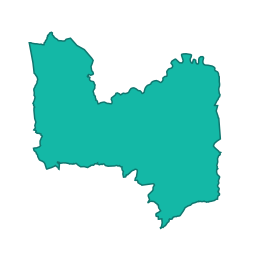 Chilcuautla, Hidalgo, Mexico, rotated 264°
{"feature_id": "50627088B382438860006", "entity_name": "Chilcuautla", "entity_type": "district", "adm_level": 2, "iso_a3": "MEX", "parent_name": "Mexico", "parent_adm1": "Hidalgo", "projection": "orthographic", "projection_center": [-99.261, 20.328], "detail": "fine", "context": "isolated", "style": "filled", "palette": "teal", "viewbox_px": 256, "rotation_deg": 264, "n_neighbors": 0, "source": "geoboundaries", "source_scale": "gbopen_adm2", "svg_char_len": 5778}
<svg xmlns="http://www.w3.org/2000/svg" viewBox="0 0 256 256"><g transform="rotate(264 128 128)"><path d="M45.1,150.3L42.2,151.8L41.1,149.9L40.0,147.2L39.4,146.8L37.9,146.7L37.2,146.9L36.8,148.8L34.1,148.7L34.1,152.1L30.1,152.1L26.2,150.9L25.5,149.8L24.8,150.0L25.0,150.5L25.9,151.1L25.4,152.4L26.5,153.7L27.0,155.0L29.9,157.5L30.6,158.8L31.9,159.3L32.7,159.3L33.2,159.8L32.8,160.7L32.8,161.8L32.9,162.4L33.9,162.9L34.0,163.3L34.7,163.8L34.8,164.9L35.0,165.4L34.8,166.8L35.2,168.0L35.1,169.5L35.5,170.7L39.9,174.5L42.8,176.5L44.3,179.8L44.8,182.2L46.3,184.1L46.8,187.2L47.5,189.3L47.3,190.1L47.8,190.6L47.4,191.4L47.5,192.5L47.1,193.4L47.0,194.9L47.3,196.0L46.7,196.8L46.5,197.9L46.0,198.5L46.2,199.0L46.0,200.5L46.4,200.7L46.4,202.9L46.9,206.4L47.9,208.2L47.9,209.6L49.4,209.8L51.2,210.6L51.5,210.9L51.6,211.6L52.0,212.0L53.1,212.1L54.9,210.9L55.4,210.9L55.7,211.5L56.5,211.4L56.9,212.0L58.4,212.3L60.0,211.2L61.1,211.0L62.1,211.4L63.5,212.5L64.8,212.6L65.2,212.3L65.8,212.3L69.6,214.0L70.1,213.9L72.6,211.9L74.9,211.5L77.4,211.9L77.9,212.9L78.3,213.1L78.9,212.4L80.0,212.8L81.4,212.3L84.8,213.7L88.2,213.8L91.2,215.4L91.3,216.2L92.1,216.9L93.4,216.9L94.0,217.6L94.6,216.1L95.5,215.7L98.8,212.7L100.8,211.2L101.2,211.1L103.1,212.0L104.0,212.8L105.8,215.4L107.5,218.7L128.3,219.3L128.6,218.8L130.4,218.7L135.7,217.5L140.9,219.5L141.4,216.4L142.0,216.6L142.6,217.3L145.9,219.4L147.0,220.5L149.0,221.5L149.5,222.3L151.4,223.0L152.9,222.4L156.9,222.2L158.5,222.6L160.2,223.4L162.1,223.7L164.4,223.6L169.4,224.1L170.2,223.7L172.9,223.6L174.4,222.9L176.0,220.6L177.4,220.3L178.4,220.7L179.1,220.3L179.9,219.5L180.8,218.1L182.0,214.4L182.5,211.4L183.2,210.2L184.5,209.5L185.6,209.3L187.0,209.5L189.7,210.5L190.5,210.3L191.1,209.8L191.3,207.8L190.2,206.1L189.0,205.6L185.2,205.0L184.5,204.5L184.3,203.9L184.8,203.0L185.7,202.5L186.5,202.3L188.3,202.4L189.3,201.1L189.4,200.7L189.0,200.1L185.9,198.9L185.9,198.1L186.3,197.7L188.0,197.0L189.5,196.9L190.3,197.1L191.8,198.1L193.2,198.6L193.9,198.7L194.5,198.1L195.7,193.7L195.9,190.9L195.7,189.3L195.2,188.9L194.5,188.9L189.5,189.9L188.6,189.8L187.3,188.9L187.1,188.4L187.4,186.2L191.5,182.6L191.4,181.6L189.9,178.7L188.6,177.8L187.8,177.6L186.3,178.7L184.8,178.9L183.8,178.4L183.1,177.7L182.5,174.7L181.0,173.1L179.8,172.4L177.4,172.5L175.8,172.2L175.3,171.7L175.4,170.2L174.3,168.2L173.8,167.9L172.0,167.8L170.7,166.8L169.9,165.7L169.9,164.9L171.3,163.1L172.2,161.2L172.1,159.4L171.8,157.9L171.3,156.8L170.8,156.1L169.3,155.1L168.3,151.7L167.0,150.2L165.7,149.2L163.0,148.1L162.0,147.9L160.9,146.5L160.9,145.7L162.5,144.9L163.7,143.9L164.2,142.0L166.1,140.1L166.9,138.8L167.3,138.0L167.3,136.5L166.9,135.1L165.3,133.6L163.8,132.7L163.2,132.0L162.8,131.0L162.5,128.9L163.1,127.0L162.8,126.0L162.0,124.9L161.8,123.9L162.8,123.0L164.0,121.1L163.7,119.6L162.7,119.3L161.8,118.3L159.7,114.8L158.1,114.3L156.4,114.9L155.1,114.9L154.0,114.3L153.8,113.5L154.6,110.6L154.6,109.9L156.2,107.3L156.3,106.3L156.0,103.6L155.1,101.5L155.2,100.7L157.8,100.3L158.9,99.6L159.1,98.9L160.4,99.0L162.0,98.6L162.7,98.8L163.9,98.3L164.4,97.6L166.3,97.6L167.7,97.1L169.3,97.7L170.9,99.1L172.9,99.3L174.0,99.7L174.8,99.6L175.4,99.0L176.5,99.0L177.7,98.5L178.6,95.9L179.9,94.8L181.3,94.9L182.0,95.4L182.4,95.3L183.0,94.1L183.0,93.3L183.4,93.0L184.0,93.2L184.0,94.0L185.0,94.0L185.3,94.3L185.3,94.7L184.4,96.5L184.9,98.6L185.5,99.2L187.2,99.0L188.8,97.9L193.0,97.6L196.2,99.3L198.9,100.4L201.2,99.2L210.5,92.8L215.4,85.8L223.3,80.2L222.7,75.8L221.3,74.3L221.2,73.6L221.3,72.1L221.7,70.8L222.2,67.8L223.4,67.0L225.4,64.6L226.3,63.8L226.7,63.9L228.7,62.4L230.5,62.7L231.2,61.8L230.7,60.1L230.0,59.7L228.3,57.7L228.0,57.6L227.7,57.9L226.3,56.9L225.4,56.9L222.9,54.8L222.1,54.7L221.5,53.6L219.6,53.1L219.9,51.3L220.5,50.3L220.4,49.0L221.2,46.3L221.4,44.7L222.3,41.4L222.9,40.4L223.1,38.7L202.9,40.3L192.2,40.4L191.7,41.0L187.9,43.0L185.6,43.3L183.4,42.3L182.8,42.4L180.8,41.2L179.7,40.2L178.2,39.6L177.2,38.7L175.7,38.3L172.9,38.5L170.1,38.0L169.4,38.6L168.0,38.7L165.3,37.7L162.2,36.0L161.4,36.7L160.2,36.5L158.7,37.3L158.1,37.2L157.9,36.6L155.3,36.3L147.1,36.2L143.5,37.0L140.2,35.6L137.9,35.9L137.1,35.4L136.3,34.3L135.9,34.1L135.2,36.1L134.7,36.3L133.5,35.7L133.3,35.8L133.2,36.6L132.3,36.9L131.8,39.6L131.4,39.8L131.2,40.7L129.8,40.8L129.4,41.6L128.4,41.8L127.7,41.1L124.2,39.2L121.1,38.9L119.6,39.2L118.5,37.7L117.7,34.8L117.9,33.3L117.7,31.9L115.4,32.2L113.4,34.1L111.9,34.2L111.1,35.1L108.9,35.3L105.9,36.4L105.2,37.0L103.8,39.5L102.7,40.8L101.1,41.6L96.2,42.6L95.6,43.0L96.1,44.8L96.7,47.9L97.7,50.9L98.3,51.8L97.1,52.9L96.2,54.2L94.6,54.6L94.2,55.1L99.2,56.0L99.9,55.1L100.7,54.7L100.9,54.2L101.5,54.4L101.1,55.8L100.0,57.1L100.1,59.9L99.8,62.3L98.9,65.3L98.3,66.1L98.4,67.1L97.9,69.2L98.3,70.0L97.8,70.4L98.1,71.4L98.2,72.8L96.3,74.5L94.4,76.9L94.2,80.4L92.9,83.8L93.6,84.9L93.9,86.2L94.7,87.0L94.6,88.1L94.9,88.6L94.6,89.9L95.9,91.3L95.7,92.9L96.3,93.9L95.4,93.7L95.2,94.6L94.5,95.4L94.4,96.0L94.7,96.5L94.9,97.7L94.5,98.1L94.4,98.5L94.7,98.9L94.9,100.2L93.0,101.7L92.1,104.2L91.7,110.7L92.0,112.5L91.8,113.3L91.2,114.1L91.5,115.7L90.4,116.3L89.9,118.0L88.7,117.7L87.3,117.8L86.2,118.1L85.3,118.9L84.2,118.4L82.7,118.1L79.6,118.4L79.6,120.3L79.8,120.7L80.6,120.9L81.0,121.6L81.5,121.5L81.7,123.1L82.3,123.7L83.0,125.0L83.6,125.5L85.3,128.0L85.5,129.3L86.2,130.6L86.1,131.6L85.3,132.7L84.6,132.8L83.4,132.6L78.6,131.3L77.3,130.1L75.3,129.5L75.1,130.2L75.0,131.7L73.6,132.3L72.6,132.2L70.9,134.3L70.5,135.2L69.7,135.8L70.0,147.2L69.3,148.1L68.3,148.3L67.4,147.4L66.2,146.7L64.3,146.5L63.2,146.0L59.4,141.2L58.3,141.0L54.7,141.9L54.1,141.7L52.1,140.1L51.8,140.1L51.7,140.7L52.6,141.9L52.7,143.4L52.2,145.9L51.9,146.3L51.3,147.1L50.6,147.5L49.7,148.9L48.7,149.1L48.3,150.1L46.2,150.1L45.1,150.3Z" fill="#14b8a6" stroke="#0f766e" stroke-width="1.5"/></g></svg>